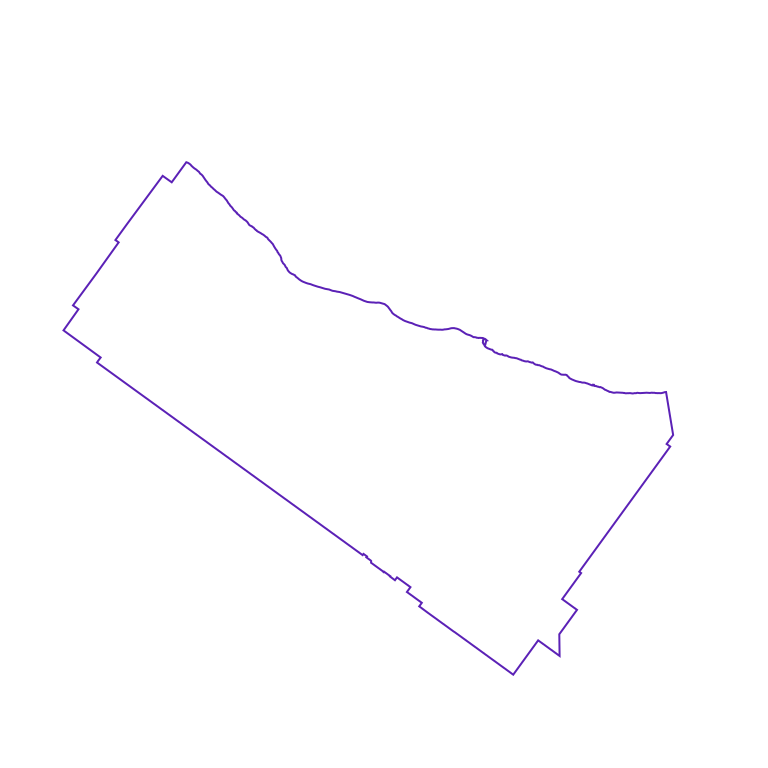 outline of Irwin, Western Australia, Australia, rotated 126°
{"feature_id": "25037944B44454952814800", "entity_name": "Irwin", "entity_type": "district", "adm_level": 2, "iso_a3": "AUS", "parent_name": "Australia", "parent_adm1": "Western Australia", "projection": "mercator", "projection_center": [114.943, -29.341], "detail": "fine", "context": "isolated", "style": "outline", "palette": "violet", "viewbox_px": 768, "rotation_deg": 126, "n_neighbors": 0, "source": "geoboundaries", "source_scale": "gbopen_adm2", "svg_char_len": 6067}
<svg xmlns="http://www.w3.org/2000/svg" viewBox="0 0 768 768"><g transform="rotate(126 384 384)"><path d="M529.0,674.8L529.1,628.8L533.7,628.9L535.3,628.8L535.1,403.6L535.0,300.7L533.5,300.7L533.5,296.4L534.6,296.4L534.6,290.9L534.7,290.4L536.2,289.4L536.2,282.0L536.2,274.6L536.4,274.3L536.4,273.6L535.8,273.6L535.8,266.0L536.2,266.0L536.3,259.8L532.8,259.8L532.8,243.2L538.8,243.2L538.8,224.8L543.2,224.8L543.3,213.3L543.3,181.9L543.2,181.4L543.2,108.6L500.8,108.6L500.8,82.1L483.4,95.1L453.3,95.1L453.3,113.4L421.1,113.4L421.1,115.7L266.4,115.7L266.4,120.1L255.3,120.1L224.7,151.1L225.5,152.0L226.9,153.0L228.2,154.1L228.9,154.9L229.8,156.3L230.5,157.1L230.9,157.9L231.5,158.6L231.9,159.4L232.1,160.0L233.2,161.4L233.5,162.1L235.0,163.7L236.7,166.4L240.9,171.5L242.3,174.0L243.3,174.7L244.1,175.9L244.9,176.6L245.6,177.4L246.7,179.5L249.5,183.1L249.8,183.7L249.9,184.2L250.4,184.8L250.6,185.4L252.4,188.2L253.7,190.2L253.9,190.6L255.5,192.3L256.2,193.3L256.5,194.0L257.3,196.1L257.5,196.5L257.9,197.0L257.8,197.3L257.9,197.9L257.9,198.2L258.1,198.7L258.5,201.1L258.8,202.1L258.7,202.6L258.8,203.4L258.7,204.0L258.8,205.0L259.2,206.8L259.3,207.2L259.8,207.6L260.0,208.0L260.2,209.0L260.6,209.6L260.7,210.2L260.9,210.6L260.9,211.0L261.7,212.2L261.8,212.6L261.9,213.0L261.5,213.1L261.3,213.3L261.2,213.6L261.3,213.8L261.5,214.1L261.8,213.6L262.1,213.6L262.8,214.8L263.8,218.7L264.0,219.7L264.4,220.6L264.6,221.3L264.8,222.0L265.3,223.0L266.0,223.9L266.4,224.6L267.0,226.3L267.5,227.1L268.8,230.4L269.1,231.5L269.5,233.2L269.9,234.9L270.2,237.3L270.1,238.0L269.8,238.8L269.7,239.4L269.8,240.0L269.7,240.2L269.4,241.1L269.4,241.6L269.6,242.0L269.7,242.5L270.9,244.1L272.0,245.8L272.2,246.3L272.3,247.2L272.3,247.7L272.4,248.2L272.3,249.0L272.4,249.9L273.0,252.9L273.3,253.6L273.8,256.2L274.1,257.5L274.7,258.7L275.9,262.0L276.4,264.6L276.4,265.4L277.0,267.0L277.5,269.4L278.3,270.6L278.3,271.1L278.9,272.1L279.2,272.9L279.3,273.5L279.3,274.5L279.3,275.4L279.1,276.0L279.3,276.6L279.9,277.1L280.1,277.6L280.3,278.4L280.6,278.9L280.7,279.2L280.9,280.3L281.1,280.9L281.4,281.3L282.2,282.2L283.0,283.8L283.5,285.6L283.7,285.9L284.0,286.8L283.9,287.5L284.3,288.3L285.2,291.8L286.0,293.3L286.2,294.0L286.8,294.9L287.7,296.6L288.6,299.1L288.7,299.7L288.6,300.5L288.9,301.4L289.2,302.2L289.8,302.6L289.9,302.8L290.6,304.9L290.6,305.2L290.4,305.5L290.3,305.9L290.6,306.2L290.9,306.4L291.4,306.9L291.8,307.5L292.3,308.9L292.6,310.1L292.7,310.4L292.5,310.9L292.5,311.1L292.6,311.4L292.9,311.8L293.2,312.4L293.3,313.2L293.3,313.6L293.3,313.8L293.1,314.2L293.0,314.6L293.1,315.0L293.0,315.4L292.7,316.1L292.7,316.4L292.7,316.7L293.0,317.0L293.1,317.3L293.5,318.6L293.8,319.8L294.2,321.3L294.3,323.4L294.1,324.7L293.5,325.4L292.8,325.1L289.1,326.6L290.7,326.1L290.9,326.1L291.1,325.9L292.7,325.3L292.9,325.4L293.0,325.9L293.1,326.2L293.3,326.4L292.8,327.6L292.4,328.4L292.2,328.5L291.5,328.8L290.8,329.4L290.4,329.3L289.6,329.9L289.2,330.0L288.7,329.9L288.3,329.0L288.4,328.7L288.3,328.4L288.4,326.5L288.3,326.4L288.1,328.4L288.2,329.0L288.6,329.9L288.5,330.1L288.6,330.4L288.6,330.7L288.7,331.1L290.2,333.4L290.9,334.3L291.2,334.5L291.5,335.3L292.0,336.0L292.2,336.9L292.8,338.2L293.4,338.9L293.5,339.4L293.6,339.9L293.7,341.4L293.9,342.5L294.1,343.4L295.0,345.8L295.3,347.3L295.6,354.5L296.2,356.9L296.8,358.4L297.2,359.2L297.6,360.2L299.0,362.0L299.6,362.6L301.7,364.3L303.4,366.1L303.9,366.8L305.5,368.3L308.2,372.1L309.5,374.2L311.2,376.7L311.9,378.1L312.4,379.0L312.7,380.0L313.3,381.5L313.4,382.2L313.5,382.6L313.7,382.9L314.0,383.4L314.3,384.9L315.0,386.5L315.7,387.9L317.5,393.1L317.8,394.3L318.1,395.8L318.4,397.2L319.3,399.4L320.7,404.1L321.1,406.4L321.1,407.3L321.4,409.6L321.5,411.9L321.7,413.5L321.6,414.4L321.8,415.8L321.8,417.5L321.6,419.2L320.8,421.0L320.2,423.2L320.0,423.6L319.7,424.7L319.4,425.6L319.2,426.2L319.1,427.2L319.0,430.2L319.1,430.8L319.5,431.8L320.7,435.1L321.0,435.7L321.8,436.9L322.7,437.9L323.0,438.3L324.0,440.1L325.3,442.0L326.2,443.5L327.4,445.7L328.5,449.2L329.2,452.7L329.9,455.4L330.4,457.6L330.7,458.7L331.2,461.1L332.1,464.1L332.9,466.3L335.6,473.8L336.1,474.8L336.9,476.3L337.5,477.8L338.8,480.3L339.1,481.2L339.8,483.9L341.6,487.6L342.5,490.2L343.2,492.3L344.2,494.8L345.7,499.4L346.4,502.1L347.5,504.7L348.0,506.3L348.8,509.4L349.1,511.1L349.2,513.3L349.2,514.5L349.1,515.1L349.1,515.5L349.0,516.7L349.0,518.2L348.9,518.9L348.4,519.6L348.4,519.9L348.6,521.0L348.6,521.6L348.9,522.5L349.1,523.4L349.2,525.1L349.2,526.0L348.8,527.9L348.4,529.0L347.3,530.8L347.1,532.3L346.0,534.4L345.6,536.8L345.3,537.4L344.9,538.1L344.4,539.4L343.8,540.1L342.6,541.1L341.1,543.5L340.9,544.7L340.5,545.9L340.0,546.8L339.9,547.6L339.1,548.7L338.7,550.3L338.3,551.4L337.5,553.4L336.1,556.3L335.9,557.6L335.5,559.2L335.0,562.5L334.7,563.5L334.4,563.9L334.2,564.5L334.4,566.1L334.2,568.0L334.2,569.7L334.4,571.1L334.4,572.4L334.7,574.7L334.8,575.1L334.8,576.0L334.9,576.5L334.8,577.0L334.6,577.5L334.8,578.2L334.6,579.0L334.6,579.6L334.4,580.3L334.2,581.1L334.1,581.5L334.1,581.9L334.3,582.4L334.3,582.7L334.2,583.0L334.1,583.5L334.5,585.4L334.5,586.6L333.4,589.4L333.2,590.2L333.1,591.3L333.0,592.0L333.2,594.2L333.1,594.8L332.9,596.3L333.0,598.2L333.0,598.7L332.7,599.8L332.6,600.4L332.6,601.4L332.5,602.0L332.5,602.5L332.5,603.3L332.4,603.5L332.1,603.4L332.0,603.6L331.9,604.1L331.9,604.6L331.9,605.5L331.6,606.3L331.7,607.1L331.6,607.7L331.4,608.3L331.0,609.3L330.7,610.2L330.4,611.3L330.1,613.4L329.6,614.3L329.3,615.6L329.0,616.7L328.6,617.4L328.4,618.1L327.9,619.0L327.8,619.8L327.6,620.3L327.5,621.0L326.9,622.9L326.6,624.1L326.5,625.0L326.7,627.2L326.7,630.7L326.8,631.8L326.8,632.9L326.5,634.8L326.4,636.5L326.1,638.2L326.0,640.2L325.7,641.1L325.6,641.8L325.5,643.5L324.6,645.7L324.4,646.6L323.8,648.6L322.1,653.2L321.8,655.0L321.9,656.0L321.8,656.5L321.1,658.5L321.1,659.0L321.1,659.9L320.9,661.8L321.0,664.2L320.9,665.9L320.6,668.3L320.3,669.2L320.2,670.8L320.3,672.6L320.8,674.3L345.6,674.3L345.7,685.4L405.8,685.9L425.4,685.9L425.4,681.9L463.6,681.6L503.2,681.8L503.1,675.1L529.0,674.8Z" fill="none" stroke="#5b21b6" stroke-width="2"/></g></svg>